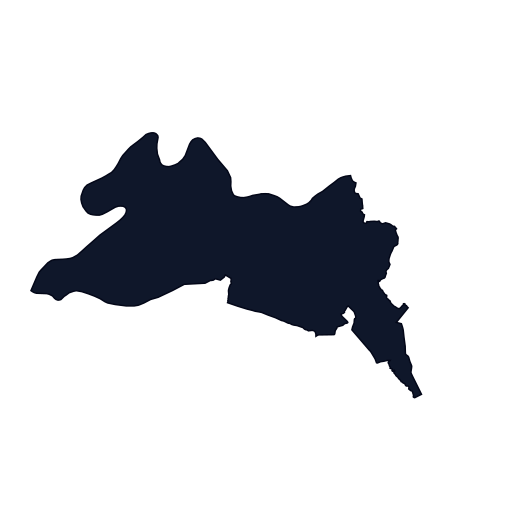 outline of Wiang Nong Long, Lamphun, Thailand, rotated 19°
{"feature_id": "78962969B5977206597344", "entity_name": "Wiang Nong Long", "entity_type": "district", "adm_level": 2, "iso_a3": "THA", "parent_name": "Thailand", "parent_adm1": "Lamphun", "projection": "albers", "projection_center": [98.777, 18.415], "detail": "fine", "context": "isolated", "style": "filled", "palette": "ink", "viewbox_px": 512, "rotation_deg": 19, "n_neighbors": 0, "source": "geoboundaries", "source_scale": "gbopen_adm2", "svg_char_len": 6090}
<svg xmlns="http://www.w3.org/2000/svg" viewBox="0 0 512 512"><g transform="rotate(19 256 256)"><path d="M452.2,338.3L457.5,332.9L443.0,318.6L440.9,316.4L440.3,315.5L439.5,311.1L439.1,309.5L438.6,308.8L435.7,305.5L433.3,302.0L432.3,301.2L430.1,300.5L429.5,300.1L429.0,299.5L428.3,297.7L426.4,292.7L422.3,284.5L419.4,278.3L418.5,276.8L417.4,275.2L415.5,272.7L410.3,273.1L416.7,255.4L415.1,254.6L414.4,253.9L413.2,254.2L412.6,253.0L412.3,252.8L411.6,252.8L411.0,253.1L411.0,253.6L411.2,254.5L410.3,255.8L410.1,256.5L409.3,258.3L408.6,259.1L408.0,259.3L407.0,259.4L405.7,259.1L404.4,258.7L403.1,258.6L399.3,256.9L398.5,256.3L397.3,254.8L395.7,254.3L394.7,253.7L393.6,253.6L392.6,252.2L392.7,251.2L392.3,250.6L390.3,250.4L389.4,249.5L388.5,249.2L386.7,247.3L385.6,247.2L384.7,246.9L384.3,246.2L383.5,246.1L383.0,245.2L382.1,244.8L381.2,243.1L380.7,242.6L380.2,241.1L379.5,239.9L379.4,239.4L379.9,239.2L380.8,239.9L381.1,239.8L381.6,237.8L383.3,236.0L384.4,235.2L384.7,234.7L384.9,234.1L384.8,231.8L384.9,230.0L384.1,228.8L383.9,228.4L383.9,227.6L384.1,226.4L385.2,224.6L385.4,220.6L385.4,220.3L383.9,218.8L383.2,217.6L382.6,215.2L382.5,210.7L382.7,208.2L382.9,207.6L383.1,204.9L383.2,202.8L383.4,202.1L383.7,201.7L385.4,199.9L385.9,199.1L386.0,198.4L386.0,197.9L385.6,197.1L385.3,195.6L384.9,194.3L384.6,192.9L384.2,192.0L383.8,191.5L382.8,190.7L380.7,188.2L379.5,186.4L379.3,185.7L379.4,185.4L380.0,184.6L379.9,184.3L378.5,183.8L377.6,183.0L376.8,182.9L376.4,183.2L375.7,183.3L373.8,182.6L372.6,182.3L371.8,182.2L367.7,182.4L365.3,184.3L364.7,184.4L362.9,184.2L361.9,183.7L361.6,183.1L361.2,182.9L360.8,182.9L359.4,184.0L356.7,184.6L353.1,186.0L351.5,186.9L350.3,187.2L349.7,187.4L349.6,187.8L349.8,188.9L349.3,189.3L348.4,189.6L347.7,189.7L347.4,189.6L346.5,189.0L346.2,189.0L345.8,188.0L345.5,183.5L345.1,181.7L344.5,181.7L343.9,181.6L342.9,181.0L342.2,180.1L341.5,179.8L340.5,179.8L340.2,179.5L339.9,178.1L339.8,177.4L341.4,176.5L341.5,176.1L341.0,175.3L340.5,173.8L339.8,172.6L338.7,170.2L337.6,167.6L335.5,167.3L332.3,163.9L330.0,164.4L329.2,164.2L328.5,163.7L327.7,162.5L327.1,161.1L327.2,160.7L327.1,159.9L327.3,157.8L326.7,154.3L326.5,154.2L325.3,154.4L324.4,154.0L323.4,153.8L322.8,153.6L320.6,151.3L319.2,149.2L314.9,151.3L312.3,153.1L310.7,154.4L308.8,156.5L305.9,161.1L302.6,165.9L297.9,173.3L294.4,177.2L292.4,180.1L290.6,183.1L290.1,185.4L288.6,188.5L286.9,190.6L283.9,193.2L282.0,194.6L280.0,195.7L275.8,197.4L272.1,197.7L269.9,197.2L259.6,193.7L256.7,193.1L253.7,193.0L247.8,193.1L244.4,194.1L240.5,195.6L239.2,196.5L233.1,199.8L230.7,201.7L228.4,203.2L225.6,204.7L222.6,205.7L219.1,206.1L217.3,206.1L215.9,206.0L214.6,205.4L211.7,202.4L210.4,200.1L209.3,198.0L208.1,194.0L206.5,190.2L201.2,184.7L188.4,177.1L171.0,165.1L166.8,163.1L164.9,162.9L162.5,163.3L160.2,164.8L158.3,166.8L157.4,169.0L156.8,171.9L156.4,184.1L155.2,188.4L152.8,192.6L152.4,193.6L149.9,196.1L146.5,198.7L144.5,199.9L141.8,200.6L139.3,200.8L137.5,200.5L135.7,199.4L134.4,198.1L133.6,196.6L129.6,191.7L127.1,186.4L125.8,182.2L124.8,175.8L124.1,174.4L123.3,173.8L121.5,172.9L119.8,172.8L118.7,173.0L116.8,173.7L114.6,175.1L112.5,176.9L110.6,180.4L107.0,186.2L102.1,193.4L100.6,196.5L97.3,204.3L96.4,207.9L95.6,213.4L94.8,217.0L93.8,220.6L92.2,224.1L90.1,226.5L88.0,229.1L84.9,232.5L76.4,240.6L73.2,243.9L71.7,247.1L71.2,250.1L71.2,256.3L72.1,259.5L73.9,262.6L76.4,265.7L80.7,268.8L83.2,270.1L85.9,270.4L88.4,270.1L91.1,269.5L94.7,268.3L97.2,266.5L100.8,262.8L107.1,255.6L109.8,253.6L111.9,252.8L114.1,252.2L116.3,252.5L118.0,253.6L118.7,255.2L119.0,257.1L118.7,259.9L117.5,263.0L115.8,266.3L113.4,270.1L101.6,287.1L97.5,294.4L93.0,302.2L89.9,307.9L86.8,313.3L83.3,317.2L81.1,318.8L77.8,320.5L74.6,321.9L67.0,324.9L64.6,326.3L63.4,327.6L61.4,330.2L57.3,339.2L56.3,341.8L55.6,347.1L54.5,362.0L56.3,362.5L58.4,362.8L60.5,362.7L70.4,359.7L72.9,359.5L76.6,360.0L79.3,361.6L81.1,362.2L83.2,362.2L84.6,361.5L85.7,360.7L87.9,356.3L88.8,355.3L91.3,351.6L95.0,348.7L97.4,347.3L102.9,346.4L109.9,346.3L116.4,346.5L122.5,347.1L128.0,348.4L131.0,348.7L138.7,347.7L149.3,345.5L157.0,342.9L160.5,341.0L161.8,340.0L165.3,336.9L170.5,331.4L176.9,326.9L188.3,315.8L197.4,306.1L216.7,298.3L220.8,294.0L221.9,293.6L223.5,292.7L224.9,290.9L225.5,290.7L230.2,290.4L232.8,286.3L233.2,283.9L239.7,285.3L240.3,286.7L240.6,288.4L241.4,289.5L241.6,290.0L241.4,291.0L241.1,291.4L241.0,292.0L240.9,294.7L241.1,297.0L241.3,297.9L242.4,300.4L242.9,301.7L242.9,302.9L243.4,304.1L243.3,305.0L243.9,306.1L243.8,307.1L244.3,308.0L244.3,309.4L255.0,309.4L264.7,309.1L270.3,308.6L273.2,308.5L276.7,307.9L279.6,307.5L286.6,307.9L294.4,308.0L301.1,308.7L302.7,308.5L303.9,308.5L307.8,309.0L308.6,309.0L310.0,308.7L312.1,309.1L314.2,309.0L317.5,308.4L323.7,308.4L325.3,309.2L326.0,309.4L327.2,309.5L328.4,309.3L329.9,309.7L333.4,308.0L334.6,307.9L335.7,307.9L336.6,308.4L338.0,310.2L338.8,312.4L339.9,311.0L340.9,310.2L355.3,305.0L355.6,304.7L355.8,304.0L355.2,300.8L355.9,298.0L355.8,296.6L360.6,293.3L361.9,291.0L363.7,290.0L364.3,289.4L364.4,288.8L364.0,288.5L363.3,288.0L357.5,285.3L356.4,284.6L355.2,283.4L357.2,281.8L357.9,280.7L358.0,280.4L357.7,280.1L357.6,279.3L358.0,278.2L358.6,274.9L358.9,274.0L359.4,273.2L366.7,276.6L367.3,277.2L369.9,280.5L370.5,282.7L369.7,283.2L369.7,284.1L370.6,287.5L370.4,291.5L370.7,294.6L393.9,308.2L394.1,308.2L394.5,308.4L396.3,309.6L401.3,313.8L402.3,314.7L404.7,317.7L405.4,317.7L405.8,317.5L408.2,315.4L411.1,313.9L413.9,312.1L416.8,311.1L416.5,312.0L415.7,313.1L415.7,313.7L415.9,314.1L417.1,315.1L418.0,316.5L419.1,317.3L419.3,317.6L419.2,318.3L419.3,318.5L421.4,318.5L421.8,318.9L421.8,319.8L422.0,320.1L422.2,320.3L422.8,320.5L423.3,320.3L423.5,320.0L423.6,319.2L423.9,319.0L424.3,319.1L424.7,319.6L424.3,321.2L424.6,321.7L426.3,322.6L427.4,323.6L429.7,324.5L430.8,325.5L432.2,326.0L433.6,326.9L434.1,327.5L435.3,327.6L436.3,328.1L438.3,328.3L439.3,329.4L440.1,329.9L440.8,329.9L442.3,329.4L442.8,329.5L443.1,329.8L443.4,330.5L443.7,332.0L446.0,332.9L447.3,332.9L447.9,333.1L450.3,336.4L450.5,337.7L450.7,338.1L451.4,338.3L452.2,338.3Z" fill="#0f172a" stroke="#020617" stroke-width="1.5"/></g></svg>